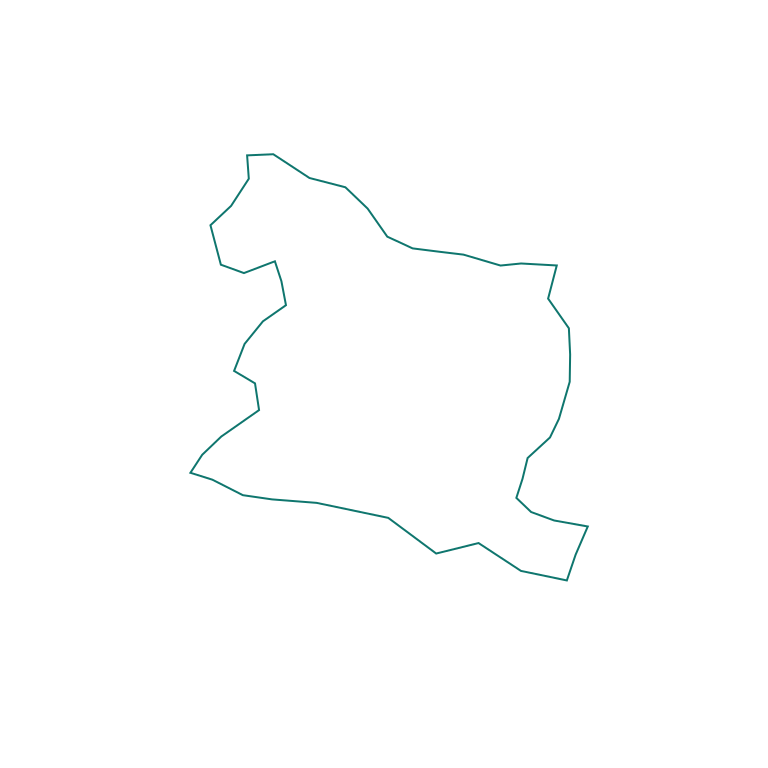 Argaki, Cyprus, rotated 325°
{"feature_id": "46923920B73133986650844", "entity_name": "Argaki", "entity_type": "district", "adm_level": 2, "iso_a3": "CYP", "parent_name": "Cyprus", "parent_adm1": "", "projection": "mercator", "projection_center": [33.035, 35.188], "detail": "fine", "context": "isolated", "style": "outline", "palette": "teal", "viewbox_px": 768, "rotation_deg": 325, "n_neighbors": 0, "source": "geoboundaries", "source_scale": "gbopen_adm2", "svg_char_len": 778}
<svg xmlns="http://www.w3.org/2000/svg" viewBox="0 0 768 768"><g transform="rotate(325 384 384)"><path d="M389.0,615.7L421.1,649.8L443.1,633.7L469.2,617.6L445.1,593.4L431.1,573.3L427.1,553.2L443.1,541.1L459.2,527.0L489.3,523.0L507.3,512.9L537.4,488.7L553.4,466.6L567.4,444.4L567.4,408.2L593.5,386.0L565.4,363.9L547.4,353.8L523.3,323.6L505.3,307.5L485.2,289.3L471.2,265.2L471.2,230.9L465.2,200.7L441.1,172.5L425.1,132.3L403.0,118.2L391.0,138.3L360.9,150.4L332.9,154.4L318.8,192.7L332.9,212.8L365.0,220.9L358.9,241.0L348.9,263.2L320.8,263.2L292.8,271.2L268.7,287.3L278.7,309.5L266.7,333.7L220.6,333.7L194.5,337.7L174.5,345.7L188.5,363.9L204.6,394.1L226.1,414.3L260.6,442.7L310.7,496.1L329.5,552.8L370.2,568.5L389.0,615.7Z" fill="none" stroke="#0f766e" stroke-width="2"/></g></svg>